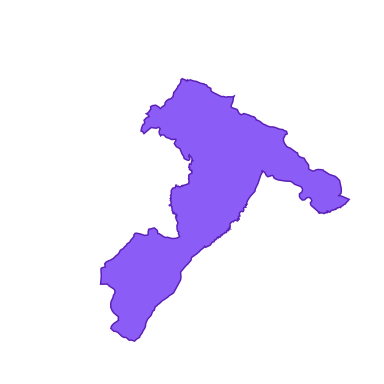 outline of Avrig, Sibiu, Romania, rotated 62°
{"feature_id": "2599482B88876011644537", "entity_name": "Avrig", "entity_type": "district", "adm_level": 2, "iso_a3": "ROU", "parent_name": "Romania", "parent_adm1": "Sibiu", "projection": "natural_earth1", "projection_center": [24.412, 45.689], "detail": "fine", "context": "isolated", "style": "filled", "palette": "violet", "viewbox_px": 384, "rotation_deg": 62, "n_neighbors": 0, "source": "geoboundaries", "source_scale": "gbopen_adm2", "svg_char_len": 6031}
<svg xmlns="http://www.w3.org/2000/svg" viewBox="0 0 384 384"><g transform="rotate(62 192 192)"><path d="M296.7,312.7L295.9,310.1L295.7,306.6L294.5,305.3L292.8,301.8L291.9,300.9L289.9,297.4L288.1,295.6L286.9,295.1L284.4,292.2L283.4,290.7L281.7,286.0L278.8,282.7L278.7,280.9L275.9,278.2L275.9,276.3L275.4,275.5L275.1,272.9L274.1,269.5L273.5,262.8L272.8,260.7L272.6,256.6L272.2,255.3L264.3,243.4L262.0,241.7L257.4,239.7L254.2,232.0L253.7,229.7L251.8,224.9L250.2,223.8L249.5,222.7L248.7,216.0L248.1,214.7L248.2,213.6L247.4,212.1L246.6,207.5L245.8,206.5L246.3,206.1L247.2,206.0L247.5,200.9L246.1,198.3L245.8,196.9L246.3,196.0L244.8,194.3L245.4,193.7L245.0,192.4L243.9,190.8L244.2,190.4L244.7,190.3L244.1,189.7L245.0,188.6L245.0,188.1L243.9,186.9L244.1,186.6L243.7,186.3L244.2,185.7L243.5,184.0L243.7,183.0L243.2,181.9L243.9,181.0L243.5,180.2L242.7,179.7L242.8,179.2L242.5,179.0L243.1,178.2L242.8,177.9L242.8,177.4L242.6,177.4L242.8,177.2L242.6,176.8L241.5,176.9L241.4,176.3L241.8,175.9L241.4,176.0L240.7,175.2L241.1,175.1L241.0,174.8L237.9,173.4L237.1,171.1L237.2,169.8L237.7,169.4L237.2,168.4L237.1,167.1L238.9,165.4L238.6,164.5L237.3,164.4L237.0,164.1L237.8,163.8L238.1,163.1L235.3,162.3L235.7,161.0L233.0,160.2L232.1,158.4L232.1,157.9L232.3,157.2L233.0,156.8L233.2,155.8L232.1,154.6L231.4,154.6L230.1,153.7L230.6,151.6L230.0,151.7L229.1,151.2L229.3,150.5L228.5,150.4L228.7,149.2L227.5,148.9L225.9,147.4L223.2,142.6L221.0,136.2L219.0,134.6L215.4,129.7L209.4,123.4L207.1,119.9L206.4,120.4L206.1,120.0L209.0,118.6L212.2,118.6L213.8,118.1L214.2,117.7L215.0,113.2L216.2,112.8L218.0,113.0L219.6,112.2L221.9,110.1L223.3,108.3L226.4,104.1L228.6,100.3L229.6,99.3L233.6,97.6L238.1,93.5L240.2,93.0L241.7,93.2L243.6,94.9L244.1,98.0L246.6,99.3L248.3,99.3L250.9,98.4L251.3,97.6L251.8,96.1L251.1,93.8L251.1,92.7L251.7,91.3L253.3,90.2L255.5,90.2L256.4,90.8L257.0,92.3L257.6,92.8L259.7,93.2L267.7,90.1L270.4,89.7L270.7,89.0L270.0,88.8L270.8,88.3L271.2,87.3L272.8,85.8L273.1,85.0L273.1,84.2L272.8,83.9L273.1,83.1L272.9,82.4L273.1,82.4L272.6,81.9L273.3,81.8L273.0,81.3L273.4,81.3L273.2,80.7L274.2,80.4L274.5,79.2L273.9,78.4L273.9,76.3L274.4,75.6L274.3,74.3L274.7,73.8L274.8,72.9L274.2,72.6L274.4,71.8L274.2,71.1L274.5,70.9L274.7,69.0L275.5,68.1L274.5,66.5L274.9,65.3L274.5,64.5L274.5,62.0L273.7,60.7L273.2,58.8L272.3,56.7L265.8,61.9L264.1,64.1L263.2,61.1L261.4,59.8L258.4,58.4L251.1,56.3L247.3,57.4L245.3,58.3L240.8,62.6L236.3,65.0L235.9,65.6L234.4,65.7L233.1,67.2L231.3,70.1L230.7,71.9L230.6,75.1L228.0,77.3L226.5,78.1L222.9,76.4L218.0,77.1L215.0,77.1L211.1,80.7L208.8,81.0L207.0,80.5L206.0,81.4L199.6,84.5L197.3,86.5L195.8,87.1L192.0,87.5L189.3,87.0L187.2,85.7L186.7,84.4L185.3,82.9L185.0,82.1L185.6,81.3L185.3,80.6L183.2,80.1L182.3,80.4L181.4,81.6L179.6,82.4L177.7,85.1L173.8,88.5L172.7,89.8L171.2,92.4L168.3,95.2L167.7,95.3L165.3,97.3L161.3,99.0L159.1,100.7L158.8,101.4L156.4,101.3L154.5,102.1L153.3,103.7L150.5,105.9L147.1,109.3L146.9,112.2L146.5,112.7L143.8,113.6L141.3,113.3L140.2,113.5L136.9,116.6L135.9,117.3L134.9,117.4L134.1,116.8L131.3,113.4L128.2,111.2L127.1,109.8L127.0,111.7L124.7,115.7L124.2,117.6L122.6,119.1L121.5,121.3L113.4,127.1L112.0,127.6L110.1,127.3L109.6,126.8L108.9,127.0L106.5,128.8L104.4,128.9L102.8,130.5L102.3,130.5L100.0,133.4L96.4,136.2L94.8,138.4L92.2,140.8L91.8,142.8L91.5,143.3L91.2,143.3L91.8,144.1L91.6,144.5L90.8,144.5L90.5,145.2L89.7,145.4L88.1,146.9L88.1,147.3L87.3,147.5L87.6,148.9L89.7,150.4L90.8,151.7L91.9,154.7L93.1,156.0L95.3,160.4L95.4,161.2L98.7,163.9L99.6,166.2L99.7,167.9L99.1,169.0L99.6,172.0L100.6,173.8L102.4,175.2L102.6,176.0L102.8,178.3L103.5,180.8L101.1,181.5L98.3,183.3L97.2,186.2L97.2,188.5L99.1,189.2L99.8,190.1L101.5,193.9L101.4,195.6L103.3,194.5L105.3,194.5L105.0,196.9L106.1,200.6L108.4,201.1L109.5,202.2L109.4,203.5L110.0,204.4L111.8,206.4L114.2,208.4L115.6,207.2L117.9,207.0L115.9,197.8L118.9,193.6L119.1,191.2L121.2,190.3L122.6,192.2L123.5,192.8L125.2,193.4L127.7,193.3L127.4,192.3L127.8,190.9L128.4,190.1L131.9,189.0L133.4,187.3L135.7,185.7L136.4,185.0L137.7,181.6L139.1,182.1L140.0,183.8L141.0,184.9L144.5,184.6L148.1,182.3L153.3,182.9L157.0,182.7L158.8,183.2L161.7,181.1L162.4,180.1L162.4,179.5L162.2,178.7L161.2,178.2L158.6,178.1L157.9,176.9L162.2,176.2L163.2,176.7L164.8,176.5L164.4,177.7L167.2,179.9L166.1,181.0L166.8,181.7L168.9,183.3L169.6,182.6L171.0,183.7L172.8,182.5L172.5,182.3L172.7,182.1L173.7,182.8L174.1,182.5L175.3,183.4L175.2,185.6L175.4,186.6L175.8,187.1L178.9,188.6L178.8,188.8L181.5,189.6L181.9,190.4L183.1,190.8L182.4,195.5L181.8,197.4L182.2,197.2L181.9,200.5L180.5,201.2L180.5,202.0L179.2,202.9L178.7,202.5L178.4,203.1L180.3,204.6L179.6,207.2L180.4,208.8L181.2,209.8L184.2,211.3L185.0,212.6L186.4,212.7L186.8,213.3L187.9,213.6L187.7,214.2L188.4,214.2L189.5,215.1L190.4,214.8L191.1,215.3L191.9,215.3L192.9,216.5L192.9,218.1L193.2,218.4L193.6,218.3L193.8,217.1L194.6,216.6L198.3,217.8L199.0,218.3L199.8,218.1L200.7,218.5L201.5,217.7L202.1,218.7L202.6,218.2L202.7,217.4L204.3,217.2L204.4,216.3L205.3,216.3L206.0,216.6L205.8,217.3L206.3,218.2L206.8,217.8L208.0,218.7L212.5,218.9L213.9,220.1L214.3,220.9L218.0,222.7L219.9,223.1L221.2,222.5L222.4,223.6L225.5,223.8L225.7,226.6L225.0,228.8L223.6,231.6L220.5,234.8L219.7,236.7L219.0,237.5L213.5,240.5L212.5,241.7L210.5,240.9L209.3,240.8L206.0,242.1L205.2,245.8L204.5,247.4L206.2,249.2L208.9,250.6L209.1,251.4L208.1,254.2L204.6,257.5L202.2,260.5L201.8,261.7L202.4,263.1L204.2,264.5L206.0,269.1L207.0,270.3L207.3,273.8L208.4,275.2L208.7,277.2L209.6,279.0L209.8,282.7L211.3,284.6L212.3,286.7L212.6,289.1L213.7,292.5L213.9,296.3L213.6,297.4L213.5,300.6L214.4,302.8L217.4,303.7L216.6,307.6L217.2,308.5L223.9,311.7L230.5,316.0L233.6,309.9L236.0,309.3L241.2,306.4L243.0,306.4L245.2,307.7L246.3,309.8L248.0,311.2L250.8,314.9L252.7,316.3L255.8,317.9L259.5,318.2L262.1,317.8L267.8,315.5L269.2,316.7L270.8,317.1L271.4,322.8L272.6,326.0L274.4,327.7L278.2,326.4L278.7,325.5L281.0,323.4L286.5,321.7L288.5,320.3L289.0,319.1L289.8,318.3L293.3,317.1L294.2,315.1L296.7,312.7Z" fill="#8b5cf6" stroke="#5b21b6" stroke-width="1.5"/></g></svg>